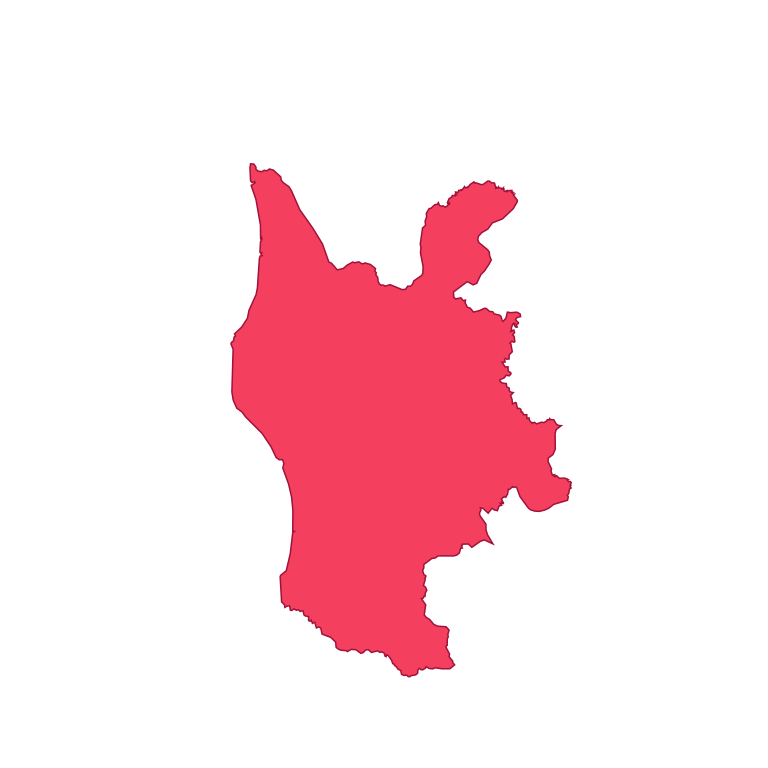 Malaka, Nusa Tenggara Timur, Indonesia (orthographic projection), rotated 136°
{"feature_id": "22746128B56140662064287", "entity_name": "Malaka", "entity_type": "district", "adm_level": 2, "iso_a3": "IDN", "parent_name": "Indonesia", "parent_adm1": "Nusa Tenggara Timur", "projection": "orthographic", "projection_center": [124.848, -9.546], "detail": "fine", "context": "isolated", "style": "filled", "palette": "rose", "viewbox_px": 768, "rotation_deg": 136, "n_neighbors": 0, "source": "geoboundaries", "source_scale": "gbopen_adm2", "svg_char_len": 6171}
<svg xmlns="http://www.w3.org/2000/svg" viewBox="0 0 768 768"><g transform="rotate(136 384 384)"><path d="M332.8,172.9L329.8,174.8L329.5,176.5L327.3,176.9L323.5,179.6L321.6,179.2L321.6,180.6L320.0,181.3L320.4,182.0L317.8,182.9L317.8,184.6L319.2,185.6L318.8,187.6L317.9,187.2L318.1,188.1L319.5,190.9L323.4,194.4L323.6,198.1L324.1,198.9L325.5,198.5L325.7,200.2L324.6,200.5L326.2,201.6L324.3,205.4L322.5,206.5L319.9,214.1L317.4,216.6L311.5,215.9L306.1,218.1L295.2,229.6L291.9,231.6L285.4,230.9L287.3,233.0L287.9,235.7L286.7,240.2L288.9,242.8L288.9,244.1L290.2,243.5L291.3,244.9L292.7,244.4L295.7,245.1L297.2,247.1L301.9,249.3L302.4,252.0L304.8,252.8L304.2,253.4L304.9,254.8L304.4,257.3L303.2,258.8L305.1,259.9L302.6,262.8L305.0,265.0L303.9,267.5L304.8,268.5L303.2,270.6L303.3,272.1L304.9,273.8L302.0,278.7L302.3,279.5L305.4,280.4L302.7,283.8L300.9,287.8L297.0,288.0L298.4,290.1L298.6,292.2L296.8,294.0L297.7,296.7L295.7,299.3L298.3,302.6L298.6,305.6L297.5,306.5L293.4,304.9L290.0,305.4L288.2,302.8L285.5,303.1L285.0,304.1L285.6,307.1L282.8,310.3L285.0,312.0L283.9,317.7L281.6,315.7L280.3,317.9L279.0,318.2L278.5,316.6L276.6,315.1L273.8,318.0L269.3,318.1L264.8,324.8L265.1,325.8L262.4,326.0L261.8,324.1L260.5,323.5L257.3,327.9L257.3,330.0L254.3,330.3L253.1,332.6L256.3,333.7L254.3,334.6L253.5,335.8L249.8,337.7L248.3,337.5L247.9,336.9L249.1,336.3L249.7,334.4L249.6,333.1L248.6,332.4L247.6,334.8L245.4,334.2L244.7,334.7L244.8,339.0L242.2,339.4L238.9,337.6L237.4,339.9L238.5,343.4L243.3,347.3L245.3,350.0L250.5,346.7L254.8,346.3L254.9,347.7L253.0,351.0L252.9,353.0L256.0,357.8L255.6,360.5L257.6,362.8L258.0,367.4L259.2,368.7L264.6,370.6L269.6,373.6L269.3,378.5L270.7,381.4L269.3,385.9L267.1,387.8L269.1,388.9L268.8,392.6L273.5,395.5L273.4,398.1L270.1,401.9L253.6,399.9L252.7,399.1L251.0,393.4L247.4,392.0L238.3,395.4L233.4,395.5L225.3,397.2L220.7,398.7L219.1,402.6L216.6,405.8L216.2,408.7L217.5,419.7L216.4,422.5L213.8,424.6L208.5,425.0L201.7,423.3L194.1,424.6L184.1,420.5L169.2,420.3L161.6,422.5L160.4,423.6L159.7,429.9L158.2,429.9L159.0,430.8L159.1,433.4L158.1,432.6L158.4,433.5L157.5,434.4L160.3,436.8L161.7,436.7L162.1,437.1L161.3,437.8L163.4,438.7L163.6,439.7L161.7,441.3L162.9,441.0L163.1,441.6L162.1,442.2L163.8,442.3L163.6,443.3L165.0,445.2L164.6,446.4L166.0,446.1L166.9,446.5L166.6,447.6L167.4,447.4L164.9,451.8L166.9,454.0L167.3,456.8L168.4,457.9L173.6,458.6L175.4,459.6L178.1,464.8L179.4,465.8L178.9,466.9L183.3,467.7L187.8,467.0L186.9,467.7L189.0,468.3L189.0,469.9L189.6,469.3L190.2,469.9L192.6,469.3L193.7,470.3L194.3,469.7L195.7,471.4L197.7,470.4L199.2,472.4L200.0,470.9L200.7,471.1L200.5,469.9L201.4,470.7L202.1,470.0L203.9,472.2L204.9,471.4L208.6,472.1L212.1,470.5L211.1,468.7L212.0,468.1L212.8,469.4L213.1,468.3L215.7,468.2L217.1,468.9L217.8,471.2L218.9,471.6L220.1,473.9L218.9,476.7L220.9,476.2L222.8,477.7L228.2,477.8L229.7,478.8L235.0,477.4L237.1,474.7L241.3,472.6L244.0,469.2L247.8,469.5L260.7,459.5L262.6,456.5L266.6,453.1L274.4,441.2L279.0,436.8L281.4,435.9L291.1,437.5L294.0,435.9L297.1,435.9L298.9,437.9L302.7,437.2L305.4,439.3L310.6,451.2L315.4,453.7L315.5,455.2L317.5,457.5L317.8,459.1L316.8,462.2L314.6,464.8L313.8,468.6L312.3,469.3L312.1,471.6L309.9,472.9L310.7,479.3L313.5,484.2L316.2,485.4L317.3,489.4L321.0,491.7L321.7,493.4L327.9,495.1L333.1,495.4L338.3,498.6L337.9,507.3L338.9,510.1L330.9,527.7L327.0,545.4L323.5,567.9L316.3,587.4L315.3,591.8L316.7,599.4L316.3,602.1L314.4,604.8L315.0,614.7L317.1,618.3L320.2,618.7L321.7,621.0L324.4,621.6L326.6,624.5L327.0,627.4L325.5,628.9L324.8,632.5L327.0,635.1L330.1,632.8L338.9,622.8L339.0,620.7L336.3,619.4L337.2,618.2L341.6,619.2L347.9,605.7L362.5,584.1L371.9,574.2L372.0,573.5L370.4,574.3L371.0,573.1L373.9,572.2L381.6,565.1L381.9,563.9L380.8,563.3L382.4,562.4L382.5,561.0L384.2,562.1L386.4,560.9L408.4,541.0L414.0,537.1L429.9,530.8L436.5,526.2L446.8,523.8L456.7,523.9L457.6,521.5L459.2,521.9L462.4,519.6L464.7,519.9L466.2,519.2L468.4,513.8L498.9,484.0L503.6,477.3L506.7,468.9L505.6,462.7L506.4,456.5L506.0,433.1L508.8,417.5L512.6,406.2L512.0,402.3L509.6,400.1L511.1,396.5L515.2,393.8L522.2,378.2L529.0,366.9L537.3,356.4L551.9,341.5L551.0,340.3L552.5,340.8L569.4,327.0L584.0,317.6L591.3,318.2L592.6,317.5L609.1,298.3L608.9,294.3L610.5,292.2L607.8,291.4L606.0,290.0L608.5,286.3L607.6,285.1L604.8,284.7L604.3,282.1L602.4,281.2L602.3,278.7L599.8,277.3L602.0,273.3L601.7,271.7L599.8,269.2L602.6,266.2L602.0,264.7L600.4,264.6L601.8,261.5L599.3,260.7L602.1,255.5L599.8,254.7L599.0,252.4L602.3,247.1L598.3,238.7L598.1,231.9L601.4,227.8L601.1,225.4L600.1,222.7L596.3,218.2L596.2,216.9L592.0,215.9L588.8,212.4L587.8,206.4L585.4,205.2L581.9,205.4L579.8,203.7L579.5,199.6L574.2,196.7L573.3,193.7L571.5,192.7L570.8,190.4L572.3,187.4L571.9,186.4L570.2,187.4L569.6,185.8L570.4,180.1L572.0,176.8L571.2,175.3L572.0,174.1L571.5,173.0L572.0,169.1L571.0,166.2L573.1,162.9L572.0,160.3L570.1,159.2L569.8,156.6L568.6,155.4L567.5,155.6L563.2,152.7L560.6,152.6L558.6,154.6L556.2,155.0L555.7,152.5L554.7,151.5L551.6,150.8L550.0,151.4L549.2,148.1L546.8,145.2L544.4,144.4L539.8,138.5L534.4,133.4L528.3,132.9L528.0,136.0L527.0,137.1L526.6,142.7L524.4,144.2L522.4,151.2L521.4,152.3L520.1,152.1L515.4,156.8L513.5,157.4L512.2,159.4L508.1,161.8L508.0,166.3L513.7,172.6L515.2,176.6L514.7,183.0L515.7,186.4L515.5,189.9L507.4,196.2L506.2,203.5L504.6,202.8L502.8,203.5L502.1,202.7L499.6,204.9L496.5,205.9L495.3,208.7L495.5,211.7L490.0,214.8L489.4,216.0L487.9,216.2L487.1,217.2L487.8,218.9L485.8,223.0L483.0,224.1L480.8,226.5L470.9,225.3L467.9,223.2L464.5,222.8L453.2,211.8L450.2,210.3L447.2,210.1L442.7,212.7L441.6,211.6L440.4,214.1L439.5,213.7L438.8,214.3L434.4,210.2L434.3,205.5L423.6,203.8L420.1,202.0L416.7,193.3L414.3,203.6L411.9,208.3L408.0,212.4L406.4,222.8L405.0,224.8L401.8,226.0L400.7,228.0L399.2,225.8L398.8,218.7L392.6,219.6L392.2,216.9L390.4,214.1L386.0,216.3L383.6,215.1L383.3,217.5L382.2,216.4L380.9,217.3L381.4,215.3L380.7,215.4L379.5,219.8L375.8,219.5L375.2,217.9L371.5,219.0L367.8,221.9L367.1,221.0L362.8,220.8L362.8,219.8L360.8,218.6L360.6,217.0L364.4,208.5L366.3,194.7L366.1,192.0L364.1,188.2L360.8,184.5L356.2,181.8L351.7,180.2L345.5,179.5L332.8,172.9Z" fill="#f43f5e" stroke="#9f1239" stroke-width="1.5"/></g></svg>